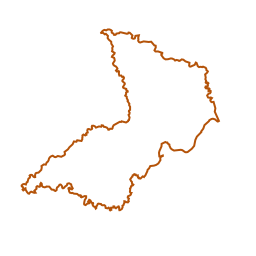 José Batlle y Ordóñez, Lavalleja, Uruguay (Robinson projection), rotated 197°
{"feature_id": "84410073B85755445847609", "entity_name": "José Batlle y Ordóñez", "entity_type": "district", "adm_level": 2, "iso_a3": "URY", "parent_name": "Uruguay", "parent_adm1": "Lavalleja", "projection": "robinson", "projection_center": [-55.068, -33.521], "detail": "fine", "context": "isolated", "style": "outline", "palette": "amber", "viewbox_px": 256, "rotation_deg": 197, "n_neighbors": 0, "source": "geoboundaries", "source_scale": "gbopen_adm2", "svg_char_len": 5825}
<svg xmlns="http://www.w3.org/2000/svg" viewBox="0 0 256 256"><g transform="rotate(197 128 128)"><path d="M43.1,161.3L49.8,169.0L50.2,172.4L53.8,178.0L55.3,177.2L56.5,177.5L57.5,178.7L56.5,181.2L57.8,181.4L58.9,180.7L60.4,180.6L61.8,182.2L61.4,183.5L60.7,184.6L59.7,185.2L59.4,186.4L59.8,187.6L60.6,187.6L61.8,186.8L62.2,188.1L61.5,189.2L62.2,189.6L64.9,188.7L65.9,189.3L65.9,190.4L64.0,191.2L64.0,192.0L64.5,192.8L64.2,194.3L65.2,194.8L66.3,193.8L67.0,194.2L67.1,196.0L68.3,197.3L68.4,198.9L69.9,201.8L68.4,204.2L68.2,205.5L70.0,206.3L70.3,207.3L71.3,208.3L74.2,208.6L74.8,207.9L76.3,207.8L77.9,207.0L79.3,207.5L81.5,210.3L82.3,210.4L82.7,207.9L86.1,205.0L87.1,204.9L87.8,205.6L88.3,208.4L92.5,208.5L95.0,209.5L96.7,209.3L98.2,207.3L98.9,207.1L99.3,207.4L101.4,207.3L102.7,206.3L103.5,206.9L105.8,207.3L107.3,207.1L109.8,205.5L112.2,204.6L114.3,205.1L117.5,207.5L117.7,208.5L117.0,209.0L117.2,209.9L121.7,210.0L124.1,209.2L125.4,210.0L125.0,213.2L125.6,214.8L127.0,214.7L131.0,217.3L133.4,216.3L138.3,215.4L141.4,213.3L142.6,213.4L143.8,214.4L144.0,216.1L144.6,217.0L144.7,219.8L147.8,218.3L147.7,215.7L148.6,215.0L150.0,214.9L150.8,215.3L150.8,217.8L154.2,219.6L155.4,219.4L155.5,218.5L156.5,217.8L163.0,217.4L163.9,216.9L164.1,216.1L166.7,214.9L166.9,213.9L167.6,213.2L168.7,213.0L169.4,214.0L171.3,214.4L171.8,215.1L171.8,216.2L173.0,216.7L174.5,216.8L176.2,216.3L177.4,215.0L179.0,215.0L179.8,214.5L180.7,213.4L181.6,211.2L181.4,211.0L179.7,211.7L177.6,210.8L176.7,211.6L174.1,210.2L173.8,208.1L172.3,206.9L169.3,205.6L168.6,203.7L166.2,201.7L166.5,200.0L165.7,198.1L165.7,196.7L162.7,195.9L162.7,194.9L164.1,192.4L164.2,191.3L161.8,191.0L161.1,190.1L160.4,188.5L161.3,185.4L160.6,184.3L159.3,183.6L157.5,183.3L156.0,182.3L155.4,181.6L156.3,179.4L155.1,178.7L153.6,179.7L153.2,179.5L152.5,177.0L151.6,175.6L149.7,176.2L148.5,175.1L147.4,175.7L146.5,174.8L146.5,173.8L147.3,171.9L147.0,171.1L144.3,169.9L143.9,169.2L144.8,165.8L144.4,165.2L143.3,164.9L141.2,164.9L141.0,164.0L139.1,163.2L138.9,162.6L140.0,161.9L140.2,161.2L139.7,160.0L140.1,158.1L138.4,157.6L137.8,156.0L136.2,154.5L136.3,153.6L133.7,151.5L133.7,150.3L132.2,148.9L131.3,145.9L132.1,144.9L131.9,143.9L131.0,143.3L130.7,141.9L131.3,140.7L129.6,138.6L129.4,135.9L130.0,135.4L129.9,134.5L131.5,132.7L136.1,132.5L136.4,131.7L137.7,131.5L142.5,126.5L142.9,124.8L142.7,123.3L143.0,122.5L144.9,122.1L145.4,121.0L146.3,120.6L147.0,121.4L148.4,122.2L150.3,122.3L151.2,122.0L152.6,123.1L153.9,122.9L153.7,122.1L153.9,121.4L156.2,121.0L158.8,119.0L160.1,119.9L161.7,120.1L163.0,119.6L163.0,118.4L162.2,117.3L162.2,116.5L163.2,115.5L165.2,115.6L166.2,115.0L166.2,113.6L165.2,111.9L166.1,111.2L166.5,110.4L165.7,109.4L166.7,108.4L168.7,108.7L169.4,107.6L168.8,105.9L168.9,105.1L168.4,104.1L168.7,102.0L173.0,101.4L173.3,99.8L175.8,99.3L176.2,96.2L178.4,92.5L179.2,90.0L181.7,86.6L180.6,84.6L180.8,83.5L183.4,81.0L186.9,80.7L188.6,79.0L189.7,78.8L191.9,79.5L193.2,78.5L194.2,77.1L194.6,75.6L194.5,74.1L194.8,72.5L195.7,71.2L195.9,68.9L197.8,68.6L199.6,66.3L198.9,64.9L198.7,62.6L200.5,59.2L202.6,58.2L203.1,57.5L203.1,55.7L202.4,53.9L202.9,53.6L204.0,53.7L206.0,55.0L207.0,54.9L207.8,54.4L208.2,53.7L207.4,52.9L207.4,51.8L208.4,50.5L208.3,47.0L209.0,46.5L209.1,44.1L211.0,44.1L212.2,43.3L212.9,42.0L212.5,41.1L211.3,40.8L210.2,39.7L210.8,38.3L209.9,37.7L209.2,38.5L209.2,39.4L208.4,40.3L207.8,39.0L205.7,37.1L204.2,36.2L203.3,36.3L202.8,37.9L202.0,38.8L198.7,38.6L197.5,39.1L199.2,40.6L197.7,43.2L198.4,44.8L197.8,45.9L195.7,45.8L195.2,46.1L195.1,47.0L195.5,49.0L195.2,50.0L194.3,49.6L193.2,47.3L192.0,46.8L190.4,46.9L189.3,47.5L188.9,48.2L186.1,48.9L183.1,46.8L180.9,47.2L180.0,46.6L178.9,46.6L178.1,47.9L178.5,49.3L178.4,50.5L177.5,51.6L176.9,53.7L176.1,54.2L175.5,54.1L173.9,52.9L173.5,51.7L172.5,51.3L171.7,52.0L171.0,53.7L169.7,55.3L169.7,57.0L168.2,57.9L165.9,57.5L165.0,55.9L163.2,54.1L163.7,52.9L164.6,52.8L166.3,53.8L167.3,53.1L167.3,52.6L166.2,51.3L166.0,50.5L164.8,49.2L163.1,49.2L162.1,49.7L160.5,49.4L157.4,50.1L154.9,49.0L154.5,49.6L153.6,49.8L152.9,49.3L152.8,48.2L152.2,48.1L149.4,50.3L148.1,50.5L147.6,48.9L148.3,46.6L148.1,44.1L147.8,42.5L147.3,42.0L146.0,41.9L144.9,43.7L142.9,44.8L143.0,45.5L144.6,45.9L144.1,48.0L142.9,47.8L140.7,45.8L139.5,46.0L139.2,45.4L139.6,44.6L139.3,44.1L138.1,43.0L136.5,42.8L135.3,41.5L134.9,42.2L135.5,43.8L135.0,44.4L134.7,46.5L134.3,47.0L131.5,47.4L130.8,46.7L130.0,46.6L128.0,47.3L126.9,46.8L126.0,45.0L124.0,45.2L123.2,46.2L121.8,45.4L121.5,44.3L120.9,44.0L120.0,44.9L120.7,45.9L120.9,46.8L118.8,47.6L119.0,48.8L118.1,49.0L117.3,48.0L116.1,47.7L115.6,48.7L114.4,49.5L114.3,50.2L114.0,50.3L113.1,49.3L112.9,48.2L112.2,46.9L111.6,47.1L110.2,48.8L110.0,50.9L110.6,52.0L109.7,53.2L109.8,54.2L109.6,55.1L110.1,56.9L109.3,57.0L108.1,56.5L107.4,56.8L106.4,56.8L105.8,58.1L106.6,59.0L106.5,60.8L107.9,61.3L108.1,62.6L106.3,64.3L105.8,65.2L106.0,66.4L105.8,66.9L106.9,66.9L107.5,67.5L107.9,69.8L108.4,70.7L108.0,71.2L108.0,73.2L107.6,73.3L107.4,74.2L106.5,74.7L106.3,75.4L107.8,75.9L108.6,77.7L109.5,78.1L110.9,79.6L109.9,82.5L109.5,82.9L109.7,84.1L108.6,85.1L108.5,85.7L107.0,85.7L106.9,85.1L105.5,85.1L104.8,85.5L104.5,84.6L103.6,84.0L103.8,83.5L103.0,83.1L102.6,83.5L101.7,83.1L101.2,83.4L99.8,86.0L98.4,85.8L98.3,86.5L97.6,87.4L96.9,92.2L97.0,93.8L96.0,95.6L95.6,98.1L92.2,99.6L90.3,100.9L88.6,103.0L87.6,106.8L88.2,108.2L88.3,109.4L87.9,110.2L86.5,111.5L86.7,111.9L89.1,109.9L89.7,109.9L91.1,113.4L91.2,115.1L90.6,120.2L91.2,122.7L88.2,125.5L87.0,125.3L86.1,125.6L85.3,124.7L83.6,124.3L83.3,123.3L81.2,121.0L79.5,120.3L77.4,119.9L71.1,122.6L69.5,122.7L66.6,121.7L65.5,121.7L64.0,122.4L60.9,126.8L59.5,130.2L60.1,136.3L59.6,139.9L56.7,145.5L57.0,146.1L55.8,149.4L55.7,153.1L52.6,158.2L52.5,159.2L50.8,161.0L49.5,161.7L47.3,161.7L44.3,160.4L43.6,160.7L43.1,161.3Z" fill="none" stroke="#b45309" stroke-width="2"/></g></svg>